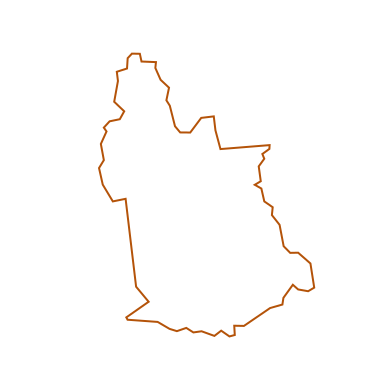 Floyd, Kentucky, United States of America (Albers equal-area conic projection), rotated 165°
{"feature_id": "52423323B75655916950400", "entity_name": "Floyd", "entity_type": "district", "adm_level": 2, "iso_a3": "USA", "parent_name": "United States of America", "parent_adm1": "Kentucky", "projection": "albers", "projection_center": [-82.761, 37.521], "detail": "fine", "context": "isolated", "style": "outline", "palette": "amber", "viewbox_px": 384, "rotation_deg": 165, "n_neighbors": 0, "source": "geoboundaries", "source_scale": "gbopen_adm2", "svg_char_len": 1004}
<svg xmlns="http://www.w3.org/2000/svg" viewBox="0 0 384 384"><g transform="rotate(165 192 192)"><path d="M249.1,65.6L242.6,61.5L232.7,62.2L227.0,56.0L218.8,55.0L207.6,47.2L199.7,50.5L193.2,42.8L187.7,42.8L185.8,51.9L176.5,49.2L146.6,59.7L133.8,59.9L131.1,66.1L118.6,76.3L114.7,70.4L105.5,66.1L98.7,68.0L96.1,92.3L105.2,105.9L112.9,107.8L117.5,115.9L115.9,137.6L120.8,149.0L118.0,156.4L124.6,164.2L124.1,177.4L129.5,182.7L122.8,184.6L120.9,199.5L113.6,205.4L114.2,210.5L106.1,213.6L104.9,217.2L153.4,226.1L153.4,245.5L151.4,259.4L163.9,261.2L178.3,249.9L188.0,252.6L191.4,259.9L191.1,281.1L193.0,287.2L187.2,298.7L193.3,308.5L195.3,321.3L193.2,326.8L207.0,331.1L206.6,339.0L214.2,341.2L219.5,337.9L222.8,328.1L233.5,327.6L234.8,318.4L243.8,299.3L236.6,287.5L242.9,281.0L253.3,281.6L260.5,277.0L258.9,272.6L267.6,262.0L268.9,245.6L275.6,239.2L276.3,222.2L270.9,203.4L257.9,202.6L270.5,115.0L262.3,97.2L287.9,87.9L287.3,85.3L258.8,75.4L249.1,65.6Z" fill="none" stroke="#b45309" stroke-width="2"/></g></svg>